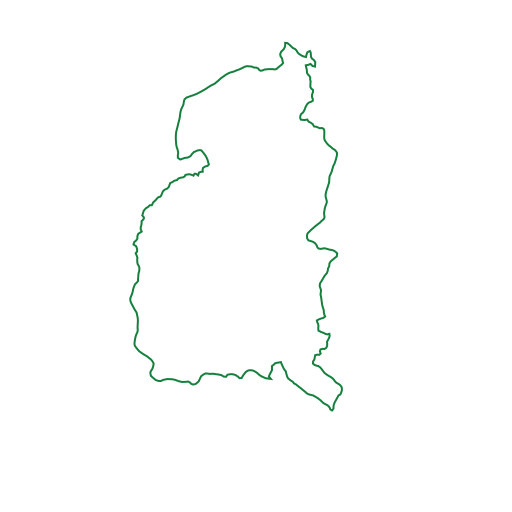 outline of Minas Novas, Minas Gerais, Brazil, rotated 59°
{"feature_id": "56859067B75045763241857", "entity_name": "Minas Novas", "entity_type": "district", "adm_level": 2, "iso_a3": "BRA", "parent_name": "Brazil", "parent_adm1": "Minas Gerais", "projection": "mercator", "projection_center": [-42.425, -17.355], "detail": "fine", "context": "isolated", "style": "outline", "palette": "green", "viewbox_px": 512, "rotation_deg": 59, "n_neighbors": 0, "source": "geoboundaries", "source_scale": "gbopen_adm2", "svg_char_len": 6112}
<svg xmlns="http://www.w3.org/2000/svg" viewBox="0 0 512 512"><g transform="rotate(59 256 256)"><path d="M314.3,399.6L315.8,395.4L317.1,393.4L318.5,391.3L320.1,389.5L321.5,388.3L323.3,386.9L325.7,384.5L327.9,380.7L328.5,379.0L330.3,377.8L332.2,377.4L333.7,376.2L334.6,374.0L334.4,371.8L333.9,369.6L330.8,365.0L330.5,362.5L330.6,359.9L331.8,358.1L332.9,356.8L333.9,355.2L334.9,353.3L336.7,351.2L337.9,349.6L339.1,348.3L340.2,347.0L342.6,345.9L344.1,343.9L343.1,341.6L343.9,339.4L344.8,337.6L346.2,336.0L347.6,334.8L349.9,333.7L352.2,333.0L353.2,331.2L351.7,328.5L350.9,326.5L350.1,324.4L350.1,321.6L351.2,319.3L352.7,317.5L355.1,316.0L357.3,315.1L359.6,314.4L361.6,313.5L365.7,310.7L369.0,306.6L366.0,307.0L364.6,305.3L362.1,301.1L360.2,300.0L358.5,298.9L358.3,296.6L357.8,295.0L358.3,293.1L359.1,291.2L359.8,289.3L362.0,289.7L366.8,290.2L368.5,290.1L370.4,289.9L372.1,290.5L375.3,291.4L377.4,291.5L380.5,290.4L382.8,289.2L384.7,289.1L386.4,288.0L390.5,286.5L392.1,285.8L394.0,285.2L396.1,284.4L398.3,283.6L399.9,283.2L401.8,282.0L405.1,278.7L406.6,277.9L409.6,276.3L412.9,275.0L415.4,274.4L417.2,273.8L420.4,271.8L422.3,271.1L424.3,271.0L425.9,271.3L427.6,270.4L426.9,268.4L423.8,266.2L422.1,264.1L418.0,257.0L418.1,255.0L416.8,253.2L415.4,251.6L413.8,250.6L412.2,250.1L410.3,250.3L408.4,251.0L406.9,251.9L405.4,252.6L403.6,252.9L401.2,253.1L398.7,254.0L395.3,255.9L393.5,256.7L391.5,257.5L388.7,257.8L385.8,258.1L384.2,258.5L382.4,259.3L381.3,260.5L379.7,261.8L377.6,262.6L375.7,261.3L374.8,259.3L373.2,257.9L371.5,256.3L372.1,254.4L373.3,252.6L372.9,250.8L370.5,250.3L369.3,248.8L369.8,246.8L371.0,245.2L370.9,243.1L369.7,241.3L367.9,240.2L366.1,239.3L363.9,235.6L362.4,234.0L360.5,233.2L360.0,235.1L358.7,236.5L356.8,237.6L354.9,239.2L352.2,240.9L349.8,239.8L348.3,238.6L346.4,237.8L344.3,237.6L342.6,237.0L342.7,234.6L343.1,232.5L343.7,230.4L343.5,227.9L341.3,227.6L339.3,226.9L337.5,225.9L333.0,224.8L330.9,224.0L328.1,222.8L324.3,221.2L322.4,220.6L320.8,219.4L318.7,217.8L315.8,217.2L314.0,216.6L312.3,215.0L311.3,212.8L308.5,207.8L307.1,203.9L305.5,202.0L303.8,200.7L302.5,198.5L300.4,197.1L299.2,195.1L298.8,193.1L298.5,191.1L298.2,189.4L298.0,187.0L295.5,185.0L293.2,185.7L291.7,186.4L290.2,187.6L288.3,189.8L286.1,191.8L284.5,193.5L283.9,195.2L283.1,197.1L281.7,198.6L280.1,198.9L278.3,198.5L275.9,198.7L273.5,199.6L271.6,201.2L269.6,203.0L267.3,203.1L264.6,201.7L263.1,200.0L262.0,195.4L261.0,189.7L260.6,186.7L260.4,184.2L259.8,182.2L259.2,178.8L258.2,177.4L254.3,175.6L250.8,172.7L249.1,170.9L247.6,169.0L246.4,167.6L245.0,166.9L240.8,165.7L238.9,164.5L236.7,162.4L231.4,156.3L229.9,154.9L227.7,153.5L225.6,151.9L222.9,148.0L218.4,143.1L217.4,141.3L215.9,139.5L214.3,137.7L211.4,134.8L209.5,133.5L207.9,133.4L205.6,133.8L203.6,134.9L200.9,135.7L198.7,136.6L196.2,137.2L193.8,137.4L191.7,137.4L190.0,136.8L187.2,135.0L183.6,132.8L181.8,132.6L180.3,133.5L179.2,135.7L176.4,137.6L174.9,139.5L172.0,139.5L170.0,140.4L167.9,141.7L165.4,141.8L164.6,144.1L163.3,146.0L162.2,147.3L160.6,147.1L159.0,146.1L157.6,144.3L157.2,141.7L155.7,139.1L153.7,136.6L152.2,134.0L151.7,131.7L152.2,129.3L152.2,127.4L150.8,126.5L148.4,126.1L146.4,124.7L144.8,122.7L142.9,121.6L141.1,122.4L139.3,122.4L137.7,121.5L136.0,120.4L134.6,119.3L132.6,118.7L130.8,117.5L129.0,117.5L127.2,118.0L125.5,118.0L122.4,116.5L120.4,115.9L118.2,115.1L119.1,112.7L119.4,110.4L122.2,109.7L124.0,107.9L122.2,106.6L120.3,105.3L118.0,105.4L115.8,106.3L114.2,106.4L112.2,105.6L110.0,104.4L108.1,104.2L107.8,107.0L109.5,109.1L111.2,110.7L109.8,112.1L108.3,113.3L104.8,115.1L103.0,115.5L100.8,115.4L98.7,115.9L96.6,117.3L92.1,118.5L89.6,119.5L88.3,121.2L89.9,122.1L91.5,123.4L92.8,125.3L93.4,127.1L93.8,129.1L95.4,131.3L97.6,132.1L99.3,131.9L101.0,132.2L102.7,132.9L104.5,133.3L105.2,135.3L105.5,137.9L105.9,140.4L106.3,142.3L105.6,144.0L104.4,145.5L102.1,149.3L101.2,151.3L100.5,152.9L100.3,154.9L99.6,156.6L98.2,157.4L96.3,157.6L94.6,158.8L93.4,160.7L91.5,162.0L88.8,165.7L88.0,167.8L87.7,172.0L87.3,175.1L86.9,176.8L86.7,178.7L86.2,181.0L85.6,183.0L85.2,185.0L85.1,187.9L85.5,194.1L86.0,196.7L86.4,198.6L86.6,200.5L87.0,202.2L86.9,203.9L86.7,206.6L86.7,209.6L86.9,212.9L86.8,218.5L86.6,221.3L86.4,224.0L85.8,227.3L85.2,229.8L84.9,231.7L84.4,233.9L84.9,236.6L86.8,238.6L88.6,240.0L90.0,241.9L91.1,243.7L92.2,245.1L93.8,246.7L98.7,250.6L102.6,254.6L104.8,256.7L106.7,258.7L108.9,260.8L110.5,262.0L113.6,264.0L115.4,265.0L119.2,266.9L121.8,267.9L124.4,268.4L127.6,269.6L129.4,271.1L131.6,272.4L134.3,271.2L135.3,266.3L136.4,264.1L136.7,260.9L135.6,258.3L134.9,255.7L135.2,253.9L135.4,251.9L136.2,249.8L137.2,248.5L139.3,248.1L143.5,247.6L146.3,247.7L148.6,248.0L150.9,248.7L153.2,249.2L153.8,251.0L153.1,253.6L153.2,256.0L154.5,257.3L156.3,258.3L155.5,259.8L155.1,261.9L157.1,264.1L154.8,265.0L153.8,266.3L154.9,268.2L153.1,269.5L151.7,270.9L150.7,273.0L150.2,274.8L151.1,276.2L151.0,278.0L150.1,280.3L149.6,282.5L150.2,284.7L149.4,287.2L149.6,289.5L149.3,292.0L151.9,295.2L152.5,297.5L152.1,300.2L152.6,302.4L154.9,305.5L155.9,307.3L155.3,309.6L155.8,311.4L156.6,313.9L157.1,316.5L158.8,319.1L157.8,320.9L158.4,323.3L158.3,325.4L158.8,327.2L159.5,329.1L162.7,332.6L165.3,332.2L166.6,333.5L167.2,336.1L169.2,337.3L170.7,338.6L172.1,340.1L173.8,341.1L176.2,341.4L176.3,345.5L177.8,347.4L180.0,348.7L181.0,350.8L181.3,353.1L183.1,355.1L185.9,353.7L188.8,354.3L191.0,355.7L191.6,357.7L193.9,358.0L196.3,358.5L197.9,359.7L199.9,360.8L201.9,361.6L204.1,361.6L206.2,362.1L208.6,363.7L210.1,365.4L211.7,366.6L214.9,368.9L216.6,369.9L217.4,371.9L217.9,374.2L219.2,376.1L220.8,378.0L223.9,380.9L225.6,383.0L226.8,384.7L228.3,386.1L230.2,386.9L231.8,387.2L236.1,387.4L238.6,387.6L243.1,387.5L247.6,389.1L249.9,390.1L251.6,391.2L255.9,394.1L259.2,395.9L260.5,397.3L261.6,399.0L263.6,401.3L265.6,403.0L267.0,404.2L268.5,405.3L270.1,406.0L271.9,406.0L275.1,405.6L277.4,405.2L279.5,404.3L281.7,403.3L286.3,400.9L287.9,400.4L290.1,399.5L291.8,399.1L293.5,399.0L295.4,399.1L297.5,400.8L299.3,402.9L300.3,405.0L301.3,406.5L303.0,407.3L304.7,407.8L306.4,407.3L310.7,405.8L312.9,403.9L314.2,401.9L314.3,399.6Z" fill="none" stroke="#15803d" stroke-width="2"/></g></svg>